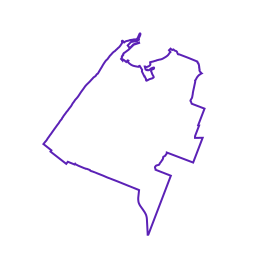 Bunbury, Western Australia, Australia (Natural Earth projection), rotated 21°
{"feature_id": "25037944B68706686187302", "entity_name": "Bunbury", "entity_type": "district", "adm_level": 2, "iso_a3": "AUS", "parent_name": "Australia", "parent_adm1": "Western Australia", "projection": "natural_earth1", "projection_center": [115.658, -33.355], "detail": "fine", "context": "isolated", "style": "outline", "palette": "violet", "viewbox_px": 256, "rotation_deg": 21, "n_neighbors": 0, "source": "geoboundaries", "source_scale": "gbopen_adm2", "svg_char_len": 5375}
<svg xmlns="http://www.w3.org/2000/svg" viewBox="0 0 256 256"><g transform="rotate(21 128 128)"><path d="M139.3,38.7L138.8,39.9L138.4,40.7L140.4,41.9L140.0,42.7L139.5,44.8L139.2,45.7L138.8,46.5L137.7,48.2L136.4,49.8L135.6,50.8L134.8,51.6L134.0,52.2L133.7,52.4L132.5,53.1L132.3,53.3L130.7,54.4L130.1,55.0L129.4,55.5L127.5,57.0L126.0,58.0L125.3,58.6L125.2,58.6L125.2,59.1L126.0,60.2L126.1,61.1L126.1,61.4L125.7,62.2L125.3,62.8L124.7,63.4L124.1,63.9L123.5,64.4L122.8,65.0L122.3,65.0L122.2,65.0L121.8,64.5L121.6,64.6L123.4,67.0L124.4,67.3L125.1,67.2L125.2,66.7L125.5,66.7L126.3,66.8L126.6,66.6L126.8,66.5L127.0,66.3L127.8,64.8L128.1,64.3L129.5,62.9L129.8,62.7L130.1,62.6L130.4,62.3L130.6,62.3L130.8,62.5L130.9,62.9L130.9,63.0L130.9,63.3L130.8,63.5L130.7,63.7L130.2,64.2L129.6,64.7L129.2,65.2L129.1,65.4L129.2,66.6L129.3,66.9L130.0,67.4L130.6,68.2L131.1,68.8L132.1,69.7L133.1,70.5L133.8,71.3L133.8,71.5L133.6,71.9L133.1,72.7L132.9,72.9L132.4,73.3L130.7,74.6L130.5,74.8L129.0,76.6L128.3,77.2L128.1,77.2L127.9,77.1L127.6,76.7L127.9,76.4L125.0,73.8L124.8,74.0L120.7,70.2L120.3,68.6L116.6,65.8L116.3,66.0L116.5,66.5L115.9,67.1L115.1,67.3L112.4,67.8L110.8,68.0L109.8,68.0L108.4,67.9L107.4,67.6L106.4,67.4L104.3,66.5L104.0,66.4L103.9,66.2L104.3,65.1L103.6,64.9L103.4,65.1L102.7,67.0L101.7,66.7L101.1,66.4L99.7,66.0L99.4,66.0L99.0,65.9L98.9,67.0L98.6,66.8L98.3,66.8L98.0,66.7L97.7,66.4L96.8,66.0L96.9,65.7L97.0,65.5L97.0,65.3L97.0,63.9L96.9,63.9L96.7,63.7L96.8,62.6L97.0,62.3L96.9,62.2L97.4,61.5L97.4,61.4L97.2,61.3L97.0,61.0L97.0,60.8L97.1,60.2L97.2,59.7L97.4,59.4L97.5,59.4L100.5,54.7L103.5,48.2L107.9,44.6L107.6,44.2L103.1,48.0L100.9,53.1L100.7,53.3L100.6,52.9L100.5,52.6L100.2,52.3L98.1,51.0L100.0,46.6L105.1,43.6L105.0,43.2L105.3,43.2L105.5,42.7L106.2,42.2L106.6,41.7L106.5,41.4L106.3,41.4L105.8,41.5L105.8,41.4L105.7,41.2L105.9,40.9L105.9,40.2L106.1,38.4L106.1,36.8L106.1,36.4L105.9,35.9L105.8,35.6L105.7,35.5L105.6,35.4L105.4,35.4L105.3,35.5L105.1,35.6L105.0,36.1L104.9,38.4L104.8,40.4L104.7,40.8L104.5,41.4L104.2,41.9L104.1,42.0L103.6,42.4L103.5,42.5L102.4,42.9L101.7,43.2L101.2,43.6L98.6,45.1L98.1,45.4L97.5,46.0L97.0,46.4L96.0,47.0L95.3,47.5L94.9,47.8L94.4,48.4L94.1,48.8L93.9,49.3L93.8,49.5L93.5,49.5L93.3,49.4L92.1,48.6L91.7,48.5L91.4,48.6L91.2,48.8L91.2,49.2L91.3,49.4L91.7,50.0L92.1,50.5L91.7,52.3L91.4,53.7L90.8,55.6L90.2,56.7L90.0,57.0L89.5,58.2L89.4,58.4L88.8,59.5L88.3,60.7L88.0,61.2L87.3,62.1L86.8,63.2L86.4,64.1L86.2,64.8L85.1,67.4L85.0,68.1L84.7,69.0L84.2,71.0L83.6,72.2L83.2,73.0L82.7,74.9L82.4,76.2L82.0,78.2L81.8,79.5L81.7,80.3L81.2,82.9L80.4,87.8L80.1,88.4L79.7,88.8L79.4,89.6L79.3,90.2L79.3,90.5L79.1,90.9L79.0,91.2L78.8,91.6L78.2,92.4L78.0,92.7L77.8,93.0L77.6,93.4L77.1,94.8L76.7,95.7L75.7,98.3L74.9,100.1L73.9,102.2L73.1,104.3L72.2,107.9L71.6,110.0L71.2,111.5L70.7,113.9L70.1,116.6L69.4,118.7L68.9,119.9L68.7,120.4L68.5,121.1L68.0,123.3L67.6,124.5L67.5,124.9L67.2,127.1L67.0,128.1L66.0,131.3L65.5,133.3L64.9,134.9L64.6,136.0L64.4,136.9L64.2,137.5L63.6,139.6L63.5,140.0L63.3,141.2L63.0,142.2L62.9,143.6L62.7,144.0L62.0,146.1L61.6,148.4L61.4,149.0L61.0,150.3L60.6,151.8L60.0,154.1L59.9,154.4L59.1,157.5L58.5,159.9L58.3,160.8L57.7,162.8L57.3,164.6L56.7,166.7L56.6,167.6L56.3,168.8L56.1,169.4L55.8,170.2L55.5,171.0L55.0,172.7L54.8,173.3L64.5,176.3L64.1,177.8L83.2,183.6L83.9,181.1L91.3,181.2L91.5,180.4L91.8,180.6L92.5,180.7L95.1,181.0L101.7,181.2L102.4,181.1L103.0,181.2L103.3,181.2L104.1,180.9L107.4,180.9L107.7,181.0L108.0,181.3L108.6,181.4L109.6,181.4L110.2,181.3L121.7,181.4L126.2,181.6L137.0,181.6L148.3,181.8L160.6,182.0L162.6,189.6L163.3,191.4L164.2,193.1L164.6,193.7L165.1,194.3L165.6,194.8L166.2,195.4L167.6,196.5L171.1,198.8L173.8,200.7L175.2,201.9L176.2,202.9L177.4,204.6L178.2,206.1L184.0,219.1L184.6,220.6L185.0,220.5L185.2,220.3L185.2,216.7L185.1,157.2L168.7,157.1L168.4,156.4L167.9,156.0L167.8,155.8L167.3,155.1L167.2,154.9L167.2,154.6L167.4,153.9L167.6,153.3L167.7,153.1L168.2,152.6L168.9,152.1L169.8,151.5L170.1,151.2L170.2,150.8L170.3,150.6L170.3,149.8L170.4,149.4L170.9,147.8L171.1,147.1L171.2,146.3L171.2,146.0L171.4,145.8L171.6,145.1L171.6,144.9L171.6,143.8L171.5,143.7L171.4,143.1L171.3,142.3L171.4,142.1L171.7,141.8L172.1,141.3L172.3,141.1L172.7,140.5L172.8,140.3L172.8,140.0L172.8,139.4L173.0,139.2L173.1,138.9L173.2,138.7L173.2,138.3L173.2,137.7L173.0,137.0L201.2,136.9L201.2,110.4L194.1,113.2L193.6,111.9L193.5,111.3L193.5,100.3L193.2,100.4L192.5,100.4L192.5,82.5L178.8,82.5L177.0,80.5L176.8,80.5L176.7,80.4L176.5,80.1L176.5,79.4L176.9,77.1L176.9,76.5L176.8,75.9L176.3,73.2L176.1,72.4L176.0,72.2L175.6,69.9L175.1,66.6L174.6,63.5L174.3,61.4L174.0,60.2L173.7,59.8L173.6,59.6L173.7,59.4L173.8,59.2L173.9,58.9L174.0,58.2L174.1,57.4L174.2,56.5L174.3,55.9L174.5,55.3L174.7,54.6L175.3,53.2L175.5,52.9L176.9,50.9L177.2,50.6L176.6,50.4L176.4,50.2L176.2,50.1L175.9,50.0L175.2,49.7L174.6,49.2L174.0,48.5L173.9,48.2L173.8,47.9L173.7,47.6L173.6,47.4L173.4,47.2L173.2,46.8L173.3,46.8L173.0,46.3L172.7,46.0L172.7,45.8L172.7,45.6L172.4,45.3L172.3,44.9L171.5,43.6L170.7,42.6L170.4,42.6L170.3,42.3L169.4,41.9L169.2,41.7L169.2,41.4L168.9,41.1L168.7,41.1L168.2,41.1L159.5,40.9L149.2,40.9L148.9,41.0L148.7,41.2L148.2,41.2L147.4,40.5L146.8,39.8L146.5,39.4L145.7,39.0L145.1,38.9L144.1,39.0L143.5,38.9L142.6,38.5L142.2,38.4L142.1,38.5L141.8,38.8L141.7,38.9L141.5,39.2L141.4,39.3L141.0,39.3L139.3,38.7Z" fill="none" stroke="#5b21b6" stroke-width="2"/></g></svg>